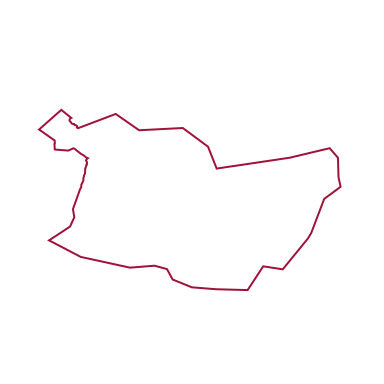 Xarxorin, Övörhangay, Mongolia (Natural Earth projection), rotated 348°
{"feature_id": "93677404B97821511595686", "entity_name": "Xarxorin", "entity_type": "district", "adm_level": 2, "iso_a3": "MNG", "parent_name": "Mongolia", "parent_adm1": "Övörhangay", "projection": "natural_earth1", "projection_center": [102.763, 47.157], "detail": "fine", "context": "isolated", "style": "outline", "palette": "rose", "viewbox_px": 384, "rotation_deg": 348, "n_neighbors": 0, "source": "geoboundaries", "source_scale": "gbopen_adm2", "svg_char_len": 1737}
<svg xmlns="http://www.w3.org/2000/svg" viewBox="0 0 384 384"><g transform="rotate(348 192 192)"><path d="M335.8,177.8L318.0,178.2L294.9,178.8L221.0,174.2L217.1,151.0L196.3,127.5L153.1,120.6L133.6,99.8L94.5,105.8L93.7,105.9L93.3,105.6L93.1,105.2L92.9,104.7L93.2,104.4L93.3,104.2L93.3,103.8L93.1,103.3L92.8,103.0L92.6,102.7L91.3,102.3L91.0,102.0L90.9,101.7L90.8,101.0L90.4,100.9L89.7,100.7L88.9,100.3L88.4,99.6L88.1,98.8L87.9,98.2L87.4,97.6L87.1,96.9L87.1,96.4L87.2,96.0L87.6,95.3L88.3,94.8L88.7,94.5L89.3,94.4L87.0,91.6L81.2,84.5L55.4,99.1L68.4,113.1L68.2,113.6L68.1,114.8L68.1,115.4L67.9,116.1L67.5,116.3L67.4,116.7L67.3,117.0L67.3,117.7L67.2,118.1L67.1,118.6L67.0,118.8L67.0,119.4L66.9,120.1L66.8,120.8L66.7,121.3L66.6,121.8L66.8,122.0L79.7,125.8L84.9,124.6L86.1,125.3L87.0,126.4L88.3,128.0L91.6,131.9L93.5,133.5L95.6,136.1L97.2,137.3L96.4,137.7L96.1,137.9L95.7,138.1L95.4,138.5L95.1,138.8L94.9,139.1L95.0,139.6L95.2,140.4L95.5,141.1L95.5,141.4L95.2,141.8L95.1,142.2L95.0,142.8L95.0,143.1L94.8,143.4L94.6,143.6L94.4,143.6L94.1,143.7L94.1,144.2L94.0,144.5L93.5,145.1L93.2,145.7L93.0,146.0L92.9,146.3L92.5,146.8L92.2,147.3L92.2,148.0L92.0,148.6L91.7,150.0L91.1,151.7L90.9,152.1L90.3,152.8L90.0,153.1L89.9,153.3L89.7,153.7L89.4,154.5L89.0,155.2L88.8,155.7L88.5,156.4L88.4,157.0L88.3,157.6L88.0,158.3L87.6,159.0L87.1,159.6L86.6,160.2L86.0,161.0L85.5,161.5L85.1,162.2L85.0,162.7L84.9,163.5L84.7,164.1L84.4,164.6L83.7,165.3L82.9,166.3L72.0,184.0L71.6,192.3L65.5,200.5L42.1,209.6L69.7,232.4L115.6,253.1L140.0,256.3L151.5,262.2L154.9,273.6L172.0,285.2L195.3,292.1L226.0,299.5L246.2,279.5L264.7,286.5L295.8,261.5L300.1,256.9L319.9,226.2L338.4,217.8L338.4,207.9L341.9,188.9L335.8,177.8Z" fill="none" stroke="#9f1239" stroke-width="2"/></g></svg>